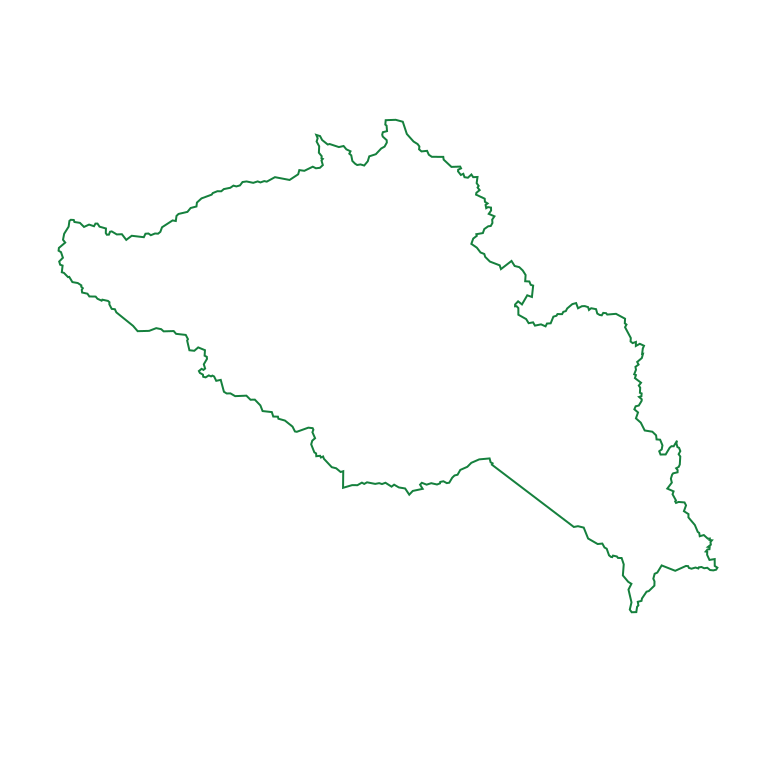 the district of Santa Rosa De Osos, Antioquia, Colombia, rotated 172°
{"feature_id": "7082276B84745263365816", "entity_name": "Santa Rosa De Osos", "entity_type": "district", "adm_level": 2, "iso_a3": "COL", "parent_name": "Colombia", "parent_adm1": "Antioquia", "projection": "mercator", "projection_center": [-75.464, 6.704], "detail": "fine", "context": "isolated", "style": "outline", "palette": "green", "viewbox_px": 768, "rotation_deg": 172, "n_neighbors": 0, "source": "geoboundaries", "source_scale": "gbopen_adm2", "svg_char_len": 6135}
<svg xmlns="http://www.w3.org/2000/svg" viewBox="0 0 768 768"><g transform="rotate(172 384 384)"><path d="M170.5,123.5L165.9,123.0L164.4,128.1L162.9,129.4L163.0,133.0L159.2,133.4L158.4,135.7L152.9,141.8L150.6,142.1L144.3,146.7L143.6,150.9L144.4,153.7L142.4,158.4L139.6,159.2L134.3,165.7L121.6,158.5L110.3,161.8L108.2,161.3L107.7,159.5L105.2,158.3L101.1,158.9L98.4,157.6L97.8,158.6L95.1,158.6L92.6,157.0L89.4,157.0L87.0,154.4L83.8,153.6L80.9,153.9L79.4,155.7L81.8,157.8L80.9,164.6L86.2,164.5L87.8,169.9L87.3,172.8L88.7,173.3L86.7,175.1L84.7,175.1L84.2,177.1L85.8,177.6L82.7,179.4L82.7,182.1L81.0,183.6L83.4,184.3L82.9,185.6L84.9,185.8L88.3,189.9L92.5,189.3L92.6,192.7L93.9,193.9L95.8,201.1L101.1,209.5L100.6,212.8L104.7,216.3L101.8,221.8L102.9,224.9L108.7,226.2L111.4,225.6L112.0,227.2L111.1,228.1L113.6,234.6L112.2,237.4L118.0,241.0L112.7,246.3L113.1,250.3L111.3,254.1L110.1,255.3L105.6,255.7L105.2,257.9L106.4,259.9L103.7,260.9L102.3,263.1L100.7,271.0L102.0,273.5L99.9,276.3L100.7,279.7L102.2,280.7L102.7,284.6L101.7,287.1L105.8,282.0L108.0,282.4L110.0,281.1L114.9,275.0L120.0,275.7L120.8,279.1L118.1,280.6L116.8,284.5L118.3,290.4L121.8,291.2L121.7,295.3L124.9,299.4L132.3,301.7L135.1,310.0L139.3,314.9L136.4,320.5L139.6,324.1L137.9,326.9L134.7,327.2L131.2,331.5L130.9,333.0L133.2,335.7L130.8,336.1L130.2,338.8L131.8,339.7L130.8,344.7L131.9,347.0L129.3,349.5L134.7,354.9L133.3,357.8L134.9,358.8L132.5,363.0L132.6,366.0L129.2,367.8L130.2,370.6L125.1,373.8L123.3,377.9L124.2,377.9L122.8,383.1L121.2,385.7L125.1,388.2L129.3,386.6L128.7,390.6L132.1,389.9L133.9,391.8L133.2,395.2L137.4,406.7L135.6,409.1L137.1,410.6L136.2,415.1L144.5,421.2L153.3,421.7L154.2,423.2L157.0,423.9L158.8,421.7L160.9,422.4L163.0,424.1L163.6,428.6L168.3,430.2L170.7,428.8L171.2,431.7L174.3,433.2L177.2,433.5L181.3,432.0L182.5,437.4L186.4,436.9L192.1,433.3L193.8,430.9L196.4,430.5L197.9,428.4L202.5,429.1L203.7,427.6L206.9,427.1L210.5,420.9L214.2,421.2L216.0,418.6L220.2,421.2L226.4,420.8L227.8,424.3L232.3,424.1L234.2,428.5L241.3,433.9L240.4,440.5L241.9,442.6L243.4,442.7L243.1,444.5L239.7,447.2L236.3,443.6L229.8,451.9L225.4,449.6L222.6,460.7L224.9,461.8L225.8,465.3L229.9,466.1L228.6,472.2L230.8,477.1L233.8,480.9L238.2,482.7L240.6,488.1L252.2,481.5L252.9,485.4L262.1,490.5L266.1,495.8L266.6,498.8L270.1,500.8L273.1,506.1L278.0,510.6L275.4,515.6L271.5,517.8L271.7,519.5L265.1,519.7L263.1,523.5L258.8,525.7L256.3,525.6L254.2,528.4L254.0,531.7L251.3,534.7L256.6,537.9L253.8,540.9L253.5,543.8L256.5,544.7L258.3,543.9L258.5,547.2L256.3,548.4L258.7,550.4L258.5,553.5L266.5,558.7L265.9,560.5L262.3,562.7L264.0,565.5L262.7,567.0L264.3,570.0L262.6,576.0L266.9,576.4L268.3,579.3L272.2,576.6L275.5,577.6L276.2,581.1L278.8,580.3L281.1,584.3L280.7,585.9L277.7,586.8L278.3,588.7L287.0,589.6L293.7,597.9L293.7,600.7L305.0,602.3L307.7,604.8L308.9,608.9L314.5,609.1L316.6,611.5L315.9,614.3L317.3,616.9L321.0,620.0L326.6,628.4L328.9,641.1L335.7,644.0L345.6,645.0L346.6,640.7L345.5,639.5L345.8,634.0L350.1,633.5L351.1,631.1L350.8,629.2L347.4,625.1L347.6,622.7L350.4,619.0L354.0,617.6L360.1,612.7L366.9,611.5L369.1,606.8L373.2,603.1L376.7,604.7L380.1,604.6L381.9,606.1L384.3,609.3L384.6,615.0L386.3,616.9L384.8,619.1L388.6,621.6L390.9,625.3L395.7,624.9L404.4,629.2L406.4,629.0L411.3,634.2L412.8,638.4L416.4,640.1L415.5,636.6L417.0,633.5L415.1,628.4L416.3,622.1L414.0,618.3L414.5,616.1L413.3,615.4L414.8,614.0L414.1,609.3L417.4,607.0L421.4,607.1L424.3,609.1L433.2,606.2L438.1,607.6L439.8,603.6L449.1,599.2L463.2,604.0L471.9,600.7L474.4,601.6L478.3,600.8L480.9,602.2L485.5,601.4L491.9,603.7L496.0,603.7L499.0,600.7L502.7,600.2L505.5,601.4L508.9,599.7L515.5,599.3L518.3,597.5L522.2,598.1L527.0,596.9L528.3,595.5L538.9,593.2L544.0,589.7L545.0,585.9L551.0,585.2L554.7,581.8L563.8,581.0L566.1,579.3L567.5,574.4L570.6,575.4L582.0,570.1L584.3,565.8L586.8,564.3L589.8,564.9L594.2,563.8L596.3,565.8L599.3,566.0L601.4,562.8L613.2,565.9L619.2,562.6L622.7,568.8L627.8,569.3L632.4,573.0L634.1,572.9L635.6,570.2L637.7,570.4L638.5,572.2L637.7,576.7L643.8,579.4L645.4,582.7L647.4,583.0L649.2,580.6L653.9,582.9L659.2,581.3L662.7,585.9L668.0,587.5L668.4,589.6L671.3,590.2L672.8,589.3L674.4,583.7L679.8,577.3L681.8,571.5L680.0,568.4L687.0,564.0L687.7,561.3L685.5,559.5L684.4,553.7L688.6,550.5L688.1,547.2L685.8,546.0L687.5,539.5L685.5,538.6L682.0,533.8L680.8,533.9L678.4,528.3L673.2,526.6L670.0,523.8L670.3,522.5L668.9,520.8L670.2,519.3L670.2,516.6L665.1,514.7L663.6,511.7L657.4,510.7L655.9,508.3L652.0,505.8L651.2,506.7L645.8,504.7L644.5,503.2L644.9,501.1L643.2,496.3L640.1,495.5L639.1,492.2L624.4,476.5L620.6,470.6L609.2,469.3L601.8,471.0L597.0,469.3L594.9,466.8L584.9,465.7L582.9,462.6L573.5,460.2L571.9,455.7L572.9,454.4L572.0,444.5L567.2,443.3L562.9,446.1L556.6,442.4L557.7,437.0L555.7,435.6L555.8,433.5L559.7,428.6L559.0,424.2L560.8,423.1L562.5,424.4L565.5,422.6L564.8,420.6L562.0,418.5L562.0,416.3L559.7,415.4L556.3,416.9L554.2,415.6L552.8,416.2L551.2,415.1L549.7,410.5L545.1,410.8L543.6,398.6L541.1,396.5L537.4,396.1L533.1,392.7L521.9,391.6L518.4,387.0L514.1,386.5L509.4,380.0L508.0,374.1L499.0,371.8L498.2,367.2L493.6,366.4L493.4,364.3L487.2,361.6L480.5,354.5L478.8,349.4L477.0,348.8L465.0,351.3L460.8,350.2L460.3,348.5L461.6,346.2L459.8,339.9L462.9,337.9L464.5,334.4L462.5,326.0L460.9,324.7L461.1,321.9L457.3,321.8L456.7,320.0L454.4,320.7L453.9,318.3L447.3,308.9L443.1,307.2L439.2,302.9L436.5,303.3L439.0,286.9L429.6,288.3L424.4,287.5L419.6,289.4L417.5,287.8L414.5,289.0L406.6,286.3L402.6,286.5L399.9,285.2L396.3,286.0L390.8,281.3L388.0,282.9L383.7,279.5L377.6,277.6L374.4,270.9L370.4,274.1L360.3,274.8L362.3,279.3L360.3,280.9L355.8,278.4L351.0,279.2L345.5,277.1L342.4,277.8L341.9,279.2L338.7,279.4L335.6,277.1L333.1,277.2L329.5,281.7L326.9,283.6L323.8,283.9L320.4,288.3L313.0,290.4L308.5,293.8L300.2,296.1L289.8,295.6L289.3,291.6L287.5,290.3L288.4,289.1L215.9,216.0L211.7,216.2L206.2,214.0L203.4,202.6L194.7,195.8L190.0,195.6L188.4,191.4L186.4,189.9L185.0,183.0L183.3,181.2L182.1,180.8L181.1,182.2L177.4,180.8L176.5,179.2L172.9,178.6L171.7,172.0L174.1,161.2L169.7,154.1L166.8,151.7L170.5,146.4L169.3,133.3L172.0,126.4L170.5,123.5Z" fill="none" stroke="#15803d" stroke-width="2"/></g></svg>